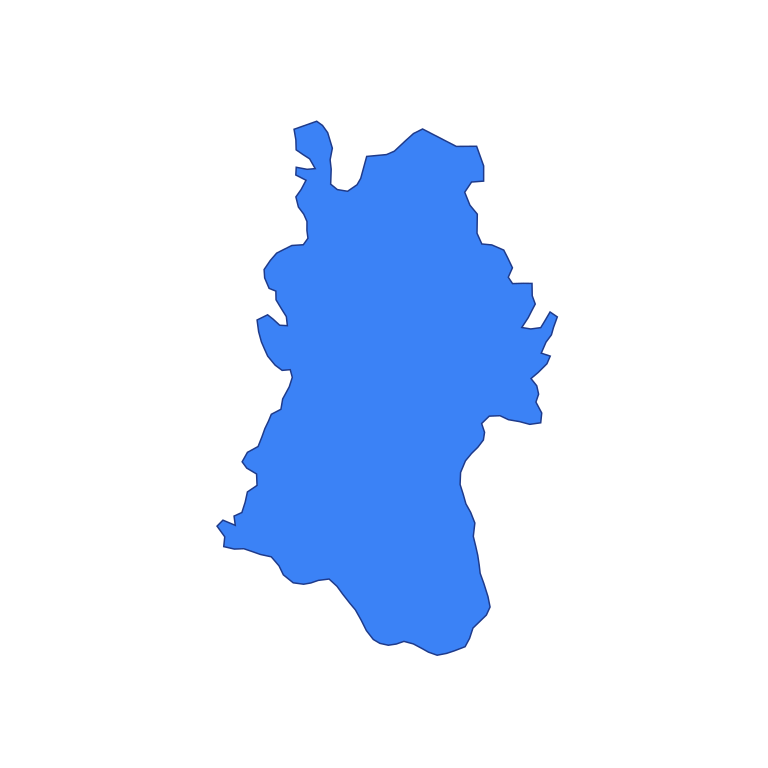 Grupiara, Minas Gerais, Brazil (Albers equal-area conic projection), rotated 48°
{"feature_id": "56859067B48235881193791", "entity_name": "Grupiara", "entity_type": "district", "adm_level": 2, "iso_a3": "BRA", "parent_name": "Brazil", "parent_adm1": "Minas Gerais", "projection": "albers", "projection_center": [-47.765, -18.488], "detail": "fine", "context": "isolated", "style": "filled", "palette": "blue", "viewbox_px": 768, "rotation_deg": 48, "n_neighbors": 0, "source": "geoboundaries", "source_scale": "gbopen_adm2", "svg_char_len": 2342}
<svg xmlns="http://www.w3.org/2000/svg" viewBox="0 0 768 768"><g transform="rotate(48 384 384)"><path d="M397.6,611.9L406.5,605.7L412.6,598.4L419.9,594.3L428.0,589.9L437.0,583.4L448.9,583.7L458.5,586.5L471.0,584.5L479.0,577.7L482.9,571.5L486.0,564.2L492.2,555.3L502.9,554.3L512.5,555.3L524.3,556.1L532.7,556.4L544.3,559.0L555.5,562.1L566.7,562.9L574.0,560.6L581.0,555.6L585.5,548.8L588.6,541.4L596.8,536.1L605.9,532.8L613.0,530.4L621.1,526.0L626.1,517.7L629.3,510.4L633.5,499.5L630.3,490.6L624.9,481.2L624.2,462.5L620.7,454.4L611.6,449.0L599.1,443.3L589.0,439.2L582.1,434.3L574.1,429.0L566.3,424.6L557.0,419.6L548.1,409.5L537.4,405.5L527.8,403.3L518.9,398.9L509.6,394.7L501.0,386.3L495.6,374.9L494.2,365.5L493.8,356.6L492.1,347.6L487.2,341.6L478.7,337.9L478.3,327.3L485.2,319.0L493.8,315.4L502.7,308.4L511.5,302.7L517.7,293.5L511.1,286.2L499.1,283.2L495.0,275.9L487.6,271.7L478.3,271.1L478.6,261.7L478.0,249.4L474.5,241.8L466.3,246.5L461.3,235.6L459.5,226.7L455.4,220.2L450.1,210.3L441.6,212.4L444.7,222.2L447.0,229.8L441.3,238.1L434.2,243.8L431.2,232.4L428.5,225.4L425.8,218.1L417.6,214.8L408.3,206.7L402.3,213.2L395.4,221.3L387.8,220.2L383.6,210.8L372.5,207.5L364.6,205.4L352.8,210.8L345.4,217.6L334.2,214.0L320.2,201.0L308.6,200.5L295.5,195.7L292.5,183.8L299.9,174.2L288.6,164.0L269.3,156.1L255.8,171.3L220.3,184.7L217.6,194.5L217.6,205.4L217.9,220.5L215.2,228.6L203.3,244.6L215.6,263.7L217.9,270.7L216.4,282.1L208.3,288.6L199.8,289.9L189.0,279.5L181.3,274.0L174.2,264.6L159.6,257.7L150.8,256.7L143.7,258.2L134.5,280.4L143.7,286.2L151.2,292.6L159.2,290.7L166.9,288.6L177.9,291.0L173.0,297.5L164.2,304.2L169.7,309.7L180.4,305.6L184.0,315.4L186.0,324.3L195.2,329.2L204.1,330.0L211.7,332.5L218.4,338.6L224.8,343.0L226.5,350.8L219.4,359.8L216.9,368.7L214.9,376.2L216.1,385.8L218.7,396.5L225.3,401.7L236.1,405.4L242.6,402.2L249.2,407.9L259.0,409.8L268.6,411.5L276.0,416.8L270.5,422.2L261.7,423.0L254.7,424.2L251.5,435.5L261.3,442.2L270.6,446.9L278.3,449.5L285.5,451.8L297.1,452.3L305.7,450.6L310.6,444.1L317.7,447.7L322.7,456.3L327.3,469.3L333.8,477.5L331.1,488.0L334.3,494.7L337.4,502.3L341.6,510.1L346.2,519.4L343.4,531.2L346.9,541.5L354.7,542.3L365.6,538.9L374.4,546.2L372.8,557.7L378.9,566.2L384.4,575.6L381.8,583.8L389.5,589.1L377.4,594.8L377.9,603.2L391.0,604.6L397.6,611.9Z" fill="#3b82f6" stroke="#1e3a8a" stroke-width="1.5"/></g></svg>